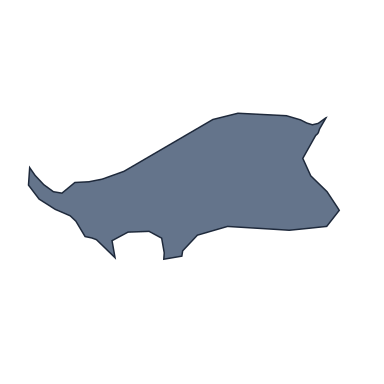 SVG path tracing the border of Gorizia, rotated 70°
{"feature_id": "ITA-5457", "entity_name": "Gorizia", "entity_type": "Province", "adm_level": 1, "iso_a3": "ITA", "parent_name": "Italy", "parent_adm1": "", "projection": "albers", "projection_center": [13.498, 45.841], "detail": "fine", "context": "isolated", "style": "filled", "palette": "slate", "viewbox_px": 384, "rotation_deg": 70, "n_neighbors": 0, "source": "natural_earth", "source_scale": "10m", "svg_char_len": 797}
<svg xmlns="http://www.w3.org/2000/svg" viewBox="0 0 384 384"><g transform="rotate(70 192 192)"><path d="M168.1,40.7L176.3,50.5L179.3,52.9L179.9,53.6L180.4,54.5L180.8,55.4L181.1,56.4L198.3,76.4L217.4,74.9L237.9,65.0L256.3,60.6L259.6,59.9L270.4,77.2L265.7,96.0L261.2,113.7L255.5,126.7L236.5,170.4L234.4,201.7L239.6,212.0L244.1,220.9L248.8,223.5L245.5,241.5L239.7,238.9L225.0,236.3L214.3,245.8L207.8,265.9L210.4,283.8L227.4,286.8L204.1,298.1L200.9,301.9L197.3,307.7L179.7,311.1L172.7,314.6L161.5,326.5L146.4,338.1L129.6,343.3L113.6,336.2L122.7,333.8L134.4,328.8L144.3,322.2L148.6,314.6L143.0,298.8L147.1,285.5L149.2,272.0L149.3,248.8L131.0,147.6L133.7,121.9L152.6,77.2L161.3,65.4L166.4,60.6L170.0,55.9L170.7,50.0L168.1,40.8L168.1,40.7Z" fill="#64748b" stroke="#1e293b" stroke-width="1.5"/></g></svg>